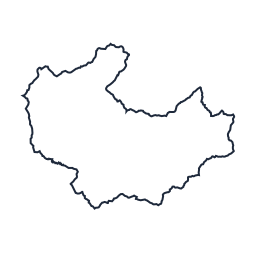 the district of Ba Che, Quảng Ninh, Vietnam, rotated 184°
{"feature_id": "81297802B18420716282175", "entity_name": "Ba Che", "entity_type": "district", "adm_level": 2, "iso_a3": "VNM", "parent_name": "Vietnam", "parent_adm1": "Quảng Ninh", "projection": "robinson", "projection_center": [107.168, 21.26], "detail": "fine", "context": "isolated", "style": "outline", "palette": "slate", "viewbox_px": 256, "rotation_deg": 184, "n_neighbors": 0, "source": "geoboundaries", "source_scale": "gbopen_adm2", "svg_char_len": 5800}
<svg xmlns="http://www.w3.org/2000/svg" viewBox="0 0 256 256"><g transform="rotate(184 128 128)"><path d="M175.7,59.7L175.4,59.8L174.8,59.4L173.9,59.1L172.3,59.2L170.7,59.9L169.3,61.1L169.1,61.1L169.0,60.7L167.8,58.0L167.2,57.4L166.3,57.2L166.2,55.1L165.1,54.3L164.0,54.0L163.5,53.6L161.8,52.7L161.7,52.5L162.1,51.4L162.0,50.8L161.0,50.3L159.0,47.6L157.9,47.5L157.2,47.0L155.7,45.3L154.6,46.2L153.0,46.4L151.7,46.8L150.7,48.4L150.3,49.5L148.6,51.7L147.7,51.9L146.2,52.6L144.7,52.3L143.3,51.7L142.8,51.8L142.7,52.7L142.1,54.0L138.8,53.8L137.4,55.6L137.2,56.6L135.4,57.1L134.0,58.0L132.5,59.9L130.7,61.5L128.9,61.8L128.5,61.6L126.4,60.1L124.3,59.6L122.9,58.5L121.9,58.6L119.3,59.9L118.4,60.2L117.2,61.0L116.3,60.5L114.4,59.8L115.2,58.0L115.2,57.8L114.3,57.8L112.9,57.2L110.3,56.8L106.1,57.9L104.8,57.2L104.0,57.1L103.2,56.5L102.6,56.3L101.1,55.2L98.5,54.4L97.8,53.8L97.2,53.6L95.6,53.8L94.3,54.1L92.4,53.1L90.8,54.3L89.7,54.8L89.6,55.2L89.4,56.1L89.4,57.3L89.0,57.8L88.6,59.0L88.2,62.6L88.6,63.7L88.3,64.4L87.3,65.4L86.6,65.8L84.1,66.7L83.1,66.8L82.8,67.0L81.8,68.1L82.0,69.6L81.1,70.1L80.2,71.0L79.5,72.6L78.1,72.8L77.3,72.1L76.7,71.8L74.6,72.2L71.9,71.4L70.8,71.3L68.7,73.1L68.6,74.0L68.0,74.9L67.9,76.3L67.4,76.7L66.6,78.0L64.6,79.5L64.5,80.7L64.7,82.9L64.6,83.2L63.8,83.6L61.7,83.8L60.4,84.7L59.3,84.4L58.8,84.5L57.6,85.3L54.6,86.1L53.9,86.0L54.4,88.6L54.2,91.5L54.4,92.7L52.3,96.4L51.8,96.8L50.5,97.1L49.7,99.3L47.9,101.0L47.1,102.7L45.8,102.4L43.9,103.5L43.4,103.6L42.8,104.2L42.3,105.2L41.9,105.6L41.3,105.6L39.6,104.8L39.0,105.2L38.4,106.3L37.4,106.1L36.1,105.6L34.6,105.8L33.0,105.8L32.0,106.3L30.2,106.1L29.2,106.3L28.4,106.8L26.6,107.4L25.4,108.7L23.3,109.8L20.9,112.2L20.9,112.5L21.5,113.5L21.9,114.5L22.1,116.5L21.8,118.1L22.3,119.2L22.8,121.1L23.5,121.8L24.6,122.7L26.0,122.8L26.9,124.0L26.9,125.3L27.6,126.7L27.9,128.6L27.8,129.4L27.4,130.2L27.3,130.8L26.7,131.7L25.9,133.3L25.6,137.9L23.4,140.9L23.3,141.7L23.9,143.9L23.9,144.5L22.9,146.5L23.0,147.2L24.1,148.8L25.8,147.9L29.7,147.7L31.4,148.7L33.2,148.6L33.5,148.7L33.8,150.1L34.2,150.9L35.5,151.9L36.1,151.3L37.9,148.8L39.1,147.8L40.0,147.8L40.9,147.1L42.1,146.9L42.8,146.3L44.1,145.8L46.0,145.8L46.1,147.5L46.5,149.2L47.4,149.4L47.9,150.5L48.1,150.8L49.9,151.6L51.1,153.4L51.9,153.5L52.6,154.0L53.1,155.1L52.9,156.3L54.5,156.5L55.3,157.8L55.3,158.6L55.5,158.9L56.1,159.0L56.7,159.3L56.4,161.3L56.0,162.5L56.2,163.2L55.7,164.2L56.5,165.7L56.3,168.0L56.8,168.7L57.2,169.9L57.7,170.8L58.2,173.2L58.9,173.6L61.3,171.8L63.6,169.2L64.5,168.9L65.4,168.0L66.7,165.2L67.8,164.6L68.6,162.8L70.3,162.2L71.1,161.4L71.8,161.1L72.7,159.9L76.0,157.8L77.2,157.5L77.7,156.5L78.4,156.3L79.5,155.2L81.0,153.2L81.8,148.7L82.7,147.5L83.9,147.1L87.9,146.9L88.3,146.4L89.3,145.8L90.7,142.6L92.3,142.9L95.2,142.2L97.5,142.6L98.1,142.9L100.0,142.4L101.3,142.8L103.0,142.4L105.2,141.3L105.9,141.4L106.7,141.9L107.5,142.2L108.0,142.8L108.1,143.3L108.5,143.6L109.1,143.5L111.5,143.9L112.4,144.6L113.6,145.1L114.2,146.2L116.5,146.4L117.3,146.0L118.5,146.0L119.1,145.3L120.4,144.5L121.1,144.3L123.6,145.8L124.7,146.1L126.6,147.0L127.6,146.7L128.0,146.1L129.6,145.7L130.3,145.1L130.7,144.5L130.7,145.4L131.2,146.6L131.7,147.1L133.0,147.8L133.4,148.5L134.0,149.9L134.1,150.9L136.0,151.9L136.5,153.2L137.9,154.9L138.4,155.0L139.7,153.8L140.4,153.7L141.4,155.6L142.1,155.6L142.9,156.1L144.6,158.5L145.2,159.9L145.7,160.3L147.4,161.0L149.0,162.4L150.0,162.8L152.1,164.4L152.6,165.4L152.6,166.1L151.6,168.1L148.8,170.2L146.4,172.5L145.4,173.8L144.5,174.6L142.3,179.9L141.7,179.7L141.5,179.9L140.6,183.3L140.1,183.7L139.0,183.9L136.6,185.8L135.7,187.0L134.3,189.7L134.2,190.7L135.4,193.2L135.6,194.1L135.5,194.8L135.1,195.8L133.9,196.5L133.6,198.7L133.2,199.5L132.1,200.8L132.1,201.3L132.4,201.7L133.3,201.8L134.4,203.0L135.4,203.3L137.4,203.5L137.9,203.8L137.9,206.1L138.3,207.2L139.0,208.3L140.1,209.0L141.3,208.9L142.8,207.9L145.5,207.9L146.2,208.2L147.6,209.6L150.0,209.8L151.2,210.7L152.4,209.1L153.9,208.5L154.6,208.0L156.1,205.2L160.6,205.2L161.9,205.7L162.9,205.5L163.8,204.8L164.4,203.2L165.0,202.8L165.1,201.3L165.0,199.6L165.4,196.7L167.1,194.4L168.3,191.4L169.0,191.2L170.1,190.3L171.7,190.6L172.2,190.4L174.3,187.6L176.3,187.2L178.0,186.1L179.3,186.2L179.8,184.8L181.3,184.7L183.0,183.7L183.9,183.5L188.5,179.7L189.8,179.2L191.7,179.3L194.4,180.6L197.3,179.4L197.6,179.3L198.4,177.7L198.9,177.5L202.6,174.6L204.8,175.5L205.7,176.1L206.9,177.8L210.0,180.2L211.4,181.4L212.3,183.6L214.2,183.6L214.7,183.8L218.6,180.6L219.1,181.6L219.5,181.8L220.2,182.0L220.8,181.8L222.2,180.2L222.4,179.5L222.3,177.9L221.1,175.0L221.3,173.0L223.9,169.9L224.6,169.4L226.1,167.1L226.5,166.2L227.9,165.4L229.3,164.1L229.4,163.6L229.2,161.5L229.8,159.0L230.0,158.8L231.1,158.7L231.4,156.8L232.8,154.4L234.0,153.3L235.1,152.9L233.1,151.8L231.8,150.5L230.6,150.4L230.2,149.8L230.0,148.3L229.2,147.7L228.8,146.8L229.1,144.4L231.3,140.1L228.8,136.7L227.9,135.1L227.3,132.8L227.6,132.1L227.6,131.4L226.1,127.6L226.0,125.0L225.7,124.4L224.7,123.5L223.6,120.8L223.0,116.7L223.0,115.2L223.6,114.0L223.4,111.7L224.4,110.4L224.0,106.1L221.1,103.5L221.3,102.1L219.6,97.5L216.5,97.5L214.5,98.7L213.7,97.1L211.8,95.3L211.4,94.1L210.4,94.1L209.5,93.2L208.9,92.4L207.1,91.4L206.4,91.5L205.9,91.2L205.6,91.2L205.1,91.3L204.7,91.9L203.8,91.5L203.0,91.7L202.2,91.5L201.4,91.6L201.5,90.9L200.9,90.2L201.5,90.0L201.7,89.7L201.4,88.9L200.8,88.4L198.9,88.7L198.1,87.8L197.8,87.9L197.6,88.3L197.2,88.3L196.6,88.1L196.1,87.5L195.8,87.4L195.3,87.7L194.7,88.7L194.2,88.2L193.5,88.4L193.4,87.5L193.1,87.1L192.9,87.1L192.1,87.6L191.4,86.4L190.5,86.3L190.0,86.7L189.7,86.2L188.1,86.0L184.5,84.0L180.5,84.3L179.7,83.6L176.5,83.1L175.0,80.8L176.1,78.5L175.6,76.4L175.5,75.6L175.7,74.9L177.5,73.1L178.8,70.9L181.3,68.3L181.2,68.0L180.0,67.1L175.7,59.7Z" fill="none" stroke="#1e293b" stroke-width="2"/></g></svg>